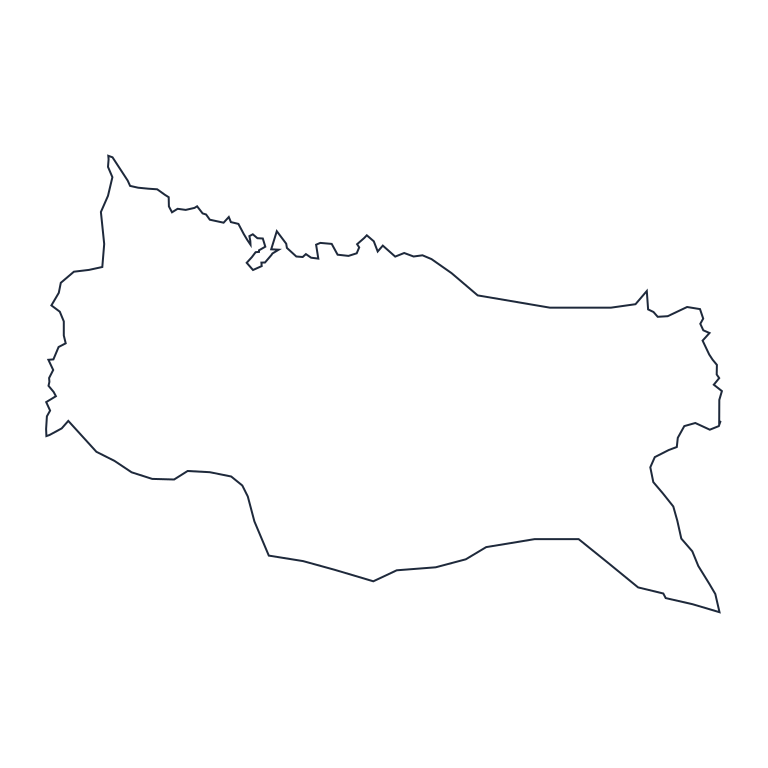 Melini, Larnaca, Cyprus
{"feature_id": "46923920B72059486162675", "entity_name": "Melini", "entity_type": "district", "adm_level": 2, "iso_a3": "CYP", "parent_name": "Cyprus", "parent_adm1": "Larnaca", "projection": "natural_earth1", "projection_center": [33.15, 34.867], "detail": "fine", "context": "isolated", "style": "outline", "palette": "slate", "viewbox_px": 768, "rotation_deg": 0, "n_neighbors": 0, "source": "geoboundaries", "source_scale": "gbopen_adm2", "svg_char_len": 2235}
<svg xmlns="http://www.w3.org/2000/svg" viewBox="0 0 768 768"><path d="M46.4,436.1L49.5,435.0L61.7,428.4L68.3,420.9L96.4,451.8L114.5,460.9L131.6,472.3L152.2,478.9L174.1,479.5L187.6,471.0L209.8,472.2L231.2,476.5L242.3,485.5L247.8,496.5L254.4,521.4L268.8,555.6L303.1,561.1L334.3,569.7L373.3,581.3L396.7,570.3L435.7,567.3L465.8,559.3L486.2,547.1L534.8,539.1L578.6,539.1L607.5,562.4L638.1,587.4L663.3,593.5L665.7,598.1L692.5,604.2L719.5,612.2L715.3,594.0L709.3,583.8L698.3,566.0L692.3,551.3L681.3,538.6L677.3,520.7L673.3,506.5L662.8,493.3L653.3,482.1L650.3,467.3L654.8,457.1L668.8,450.0L676.8,447.0L677.8,437.8L684.3,426.1L695.3,423.0L705.3,427.6L709.8,429.7L718.8,426.1L720.6,421.0L719.2,422.4L719.3,399.9L721.9,391.1L713.8,384.7L719.2,378.1L716.7,374.5L716.9,364.9L712.6,359.7L709.2,354.5L702.6,340.6L709.5,333.0L703.3,330.3L700.3,323.8L703.2,318.6L700.0,309.1L687.1,307.0L667.7,316.2L657.7,316.8L653.5,312.0L648.1,309.4L646.8,291.0L635.5,304.2L610.7,307.7L550.1,307.7L477.7,295.4L451.5,273.1L431.5,259.1L422.5,255.3L413.6,256.5L404.2,253.0L395.2,256.6L382.8,245.6L377.7,251.5L373.8,241.3L366.8,235.3L364.1,238.1L357.1,244.2L359.2,247.4L356.7,253.3L348.5,255.9L337.6,254.7L331.7,243.9L320.3,242.9L316.1,244.7L318.3,258.6L311.1,257.7L305.9,254.1L302.7,257.0L296.3,256.5L286.9,247.9L286.2,243.7L276.8,231.2L271.2,249.3L278.7,249.7L272.4,253.5L271.5,254.9L265.0,262.5L261.4,262.6L261.7,266.1L253.0,270.0L246.7,262.8L251.9,257.1L255.6,252.2L259.0,251.9L259.0,250.3L265.3,246.7L262.8,238.5L257.4,238.2L252.8,234.3L249.4,236.1L250.3,240.9L250.5,244.7L247.2,239.8L243.8,234.1L238.4,223.9L234.3,222.9L230.9,222.1L228.8,217.0L223.6,222.7L209.8,219.7L206.1,214.5L202.6,213.4L197.1,206.3L194.5,207.9L185.7,209.9L177.6,208.8L172.0,212.3L168.9,206.4L168.7,197.2L164.9,194.8L157.2,189.3L148.4,188.7L138.1,187.7L130.1,185.9L127.7,180.6L112.5,157.3L108.3,155.8L108.6,159.3L108.0,166.9L112.4,177.2L108.0,195.8L100.9,212.0L104.2,244.0L102.3,267.0L89.0,269.9L73.9,271.7L60.8,282.8L58.8,292.8L51.4,305.4L59.8,311.7L63.8,321.4L63.8,335.5L65.7,343.3L58.6,347.0L53.4,359.4L48.4,359.8L53.2,370.0L49.1,378.0L49.4,381.9L48.5,385.8L53.6,391.9L55.9,396.2L46.2,402.1L50.1,410.6L46.9,416.3L46.1,429.0L46.4,436.1Z" fill="none" stroke="#1e293b" stroke-width="2"/></svg>